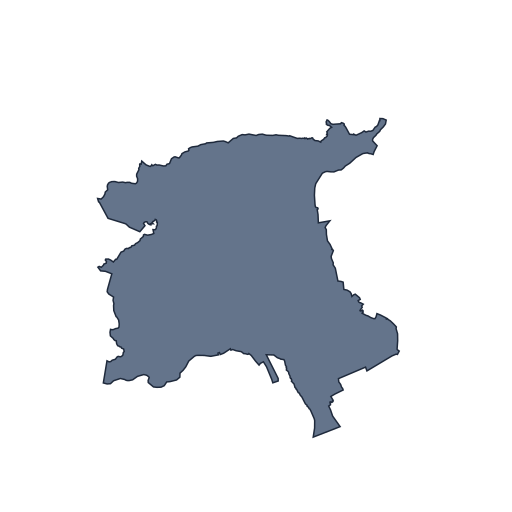 Popesti, Bihor, Romania (Mercator projection), rotated 112°
{"feature_id": "2599482B55919517820584", "entity_name": "Popesti", "entity_type": "district", "adm_level": 2, "iso_a3": "ROU", "parent_name": "Romania", "parent_adm1": "Bihor", "projection": "mercator", "projection_center": [22.402, 47.209], "detail": "fine", "context": "isolated", "style": "filled", "palette": "slate", "viewbox_px": 512, "rotation_deg": 112, "n_neighbors": 0, "source": "geoboundaries", "source_scale": "gbopen_adm2", "svg_char_len": 6142}
<svg xmlns="http://www.w3.org/2000/svg" viewBox="0 0 512 512"><g transform="rotate(112 256 256)"><path d="M321.7,394.0L324.4,395.2L324.4,397.5L325.6,398.4L328.0,394.5L326.6,389.9L326.5,383.0L342.6,381.2L344.9,380.6L346.4,378.3L347.4,372.7L350.7,371.9L353.4,369.9L355.3,369.5L359.9,367.4L364.6,363.0L364.8,362.1L366.8,359.4L370.2,357.4L373.2,356.4L374.6,356.9L375.9,359.0L377.5,360.5L378.3,361.9L378.5,363.4L381.4,362.8L384.6,361.1L386.0,357.3L386.7,356.6L387.2,355.0L386.9,353.9L389.6,352.3L391.0,350.6L390.9,349.2L391.2,348.4L391.0,347.0L391.8,346.1L391.8,343.9L394.0,342.4L395.1,342.9L397.7,342.3L399.5,343.1L400.3,344.1L400.7,346.2L401.7,347.0L404.4,347.7L406.5,350.3L408.2,351.1L409.2,352.5L409.0,354.9L430.9,350.0L430.4,346.1L428.9,343.1L425.0,341.3L420.4,335.9L419.7,331.5L419.9,329.9L419.7,328.7L419.0,326.9L417.0,324.0L412.0,320.8L408.0,315.7L407.6,313.5L407.6,312.1L408.3,310.0L408.7,309.5L411.8,309.4L413.7,308.5L415.8,302.0L414.9,298.7L413.2,294.9L410.6,292.5L406.2,291.6L404.7,288.7L400.7,283.2L396.9,281.2L393.1,282.6L389.3,280.8L385.1,279.6L378.6,279.0L372.3,275.7L370.8,274.5L369.9,272.7L367.6,266.8L366.0,260.5L365.6,259.8L361.8,253.9L360.3,254.9L359.2,253.7L360.8,252.3L358.3,249.6L351.6,245.0L352.7,244.0L351.4,242.5L351.3,239.1L350.2,233.8L351.1,230.8L350.6,229.4L350.3,226.9L349.9,226.3L349.1,226.1L350.0,223.1L353.6,217.1L356.0,212.3L353.9,211.7L351.3,209.5L354.8,204.7L364.5,195.2L367.3,192.9L363.6,188.6L361.2,189.6L343.7,209.5L341.1,202.4L342.3,198.1L342.2,195.2L342.4,194.6L341.6,191.3L342.8,190.0L346.2,187.8L347.5,186.1L348.2,186.2L349.1,185.3L350.3,185.2L351.0,183.0L351.7,182.1L352.8,181.5L354.7,179.4L356.0,178.8L356.6,178.0L356.4,177.5L357.8,176.3L358.8,176.3L360.5,172.7L363.3,170.6L363.6,169.6L364.4,169.0L364.4,168.5L364.7,168.1L366.6,166.0L366.9,165.5L366.9,164.5L368.5,162.8L369.5,160.7L374.6,154.8L375.3,152.7L376.1,152.4L376.6,150.7L377.7,149.5L377.8,148.6L379.2,147.0L385.1,141.0L386.7,139.9L393.6,137.2L402.5,135.1L382.7,114.1L375.7,125.0L370.6,129.4L367.9,132.4L366.0,131.2L363.8,132.7L363.0,131.9L363.5,131.1L363.3,130.8L362.1,130.1L361.4,130.7L360.9,130.4L358.2,134.0L354.4,131.1L347.6,125.0L346.3,126.1L345.6,127.5L343.4,129.4L341.7,132.1L338.8,133.6L318.0,112.8L321.0,110.1L297.6,92.4L294.5,89.3L294.3,88.0L290.5,87.6L289.9,89.9L289.5,90.3L281.5,92.9L275.1,95.6L270.9,98.9L269.2,99.3L267.5,102.9L265.8,107.2L265.3,110.0L264.8,110.6L265.6,111.5L264.7,112.1L264.1,118.4L264.1,122.3L267.4,121.9L269.5,122.2L270.0,123.5L270.1,126.5L269.6,129.7L269.8,131.8L269.3,136.1L268.3,135.7L268.2,136.1L266.9,136.0L266.3,137.0L267.4,137.8L267.9,138.7L267.5,139.2L263.7,138.3L262.7,139.4L260.5,138.5L260.2,141.5L260.4,142.3L260.1,143.6L259.1,144.6L257.2,143.1L255.9,144.4L254.2,149.7L255.4,150.9L257.6,151.9L255.2,153.7L254.0,155.4L253.5,158.8L254.1,162.0L247.6,165.4L247.7,167.5L248.5,170.7L237.6,177.9L235.3,181.2L233.4,181.8L230.1,185.1L228.2,186.2L222.0,186.3L221.2,187.5L221.5,188.2L220.7,188.3L217.5,191.7L215.2,195.4L209.6,198.8L205.2,200.7L203.8,202.5L201.8,202.5L195.7,200.7L201.9,210.6L194.4,214.0L190.1,216.6L189.1,216.1L188.6,216.4L188.2,216.9L188.5,218.6L187.8,219.6L186.1,220.6L177.8,224.6L170.9,227.0L166.6,227.7L154.4,225.5L152.0,223.4L151.0,221.9L149.9,218.0L148.8,215.2L145.4,211.7L144.3,209.3L141.7,207.8L139.1,206.9L134.8,203.8L127.2,200.2L121.0,195.3L118.7,191.6L118.9,191.5L118.6,190.7L118.7,189.6L118.2,188.0L118.0,185.4L115.0,185.6L108.4,185.0L105.6,191.0L104.1,191.6L102.2,191.4L99.1,190.0L97.7,189.8L94.1,188.0L92.3,187.9L88.6,186.3L85.1,185.4L81.2,186.2L81.1,189.8L82.1,192.6L84.1,191.9L84.2,192.3L88.8,192.1L90.8,192.8L91.9,193.8L95.9,194.7L97.5,196.6L98.0,198.3L99.9,200.5L99.5,202.6L102.0,204.2L106.6,208.5L106.4,210.8L106.8,210.6L108.1,214.9L103.2,220.8L102.3,222.1L102.0,223.2L100.6,223.6L100.2,225.1L100.4,226.8L101.7,227.1L105.1,234.0L105.3,236.1L103.8,238.6L103.2,240.3L103.2,241.1L105.5,241.2L106.6,240.2L107.3,240.3L107.8,239.2L107.9,238.0L107.4,237.1L108.3,234.1L110.0,235.4L114.4,236.9L115.1,236.0L116.9,236.0L116.6,235.3L118.0,234.9L120.1,235.8L120.7,236.6L122.5,237.0L124.9,238.7L126.2,238.6L126.0,241.5L126.9,244.7L126.4,246.0L126.5,246.4L125.3,247.8L125.5,248.5L126.7,249.5L127.1,250.1L127.0,250.7L127.6,251.1L127.8,251.9L128.2,252.0L127.8,253.7L128.5,254.1L128.4,254.5L128.8,254.9L128.5,255.2L128.9,255.4L129.3,256.8L129.9,257.6L130.4,259.5L131.5,261.8L131.9,269.9L132.4,270.2L133.1,273.2L135.7,280.5L136.1,282.8L137.9,285.6L140.2,291.8L140.6,295.7L142.3,299.0L144.2,301.0L145.6,308.2L147.8,311.5L148.6,314.3L151.6,317.3L153.8,318.3L155.5,321.1L161.5,324.2L161.4,327.3L161.6,329.3L164.3,334.8L166.5,337.9L169.7,344.2L170.8,344.8L173.4,348.9L175.9,351.0L178.8,356.1L180.1,357.5L181.8,358.7L183.2,357.8L184.0,358.1L186.1,360.9L188.8,363.0L190.6,363.0L193.7,363.9L194.1,364.6L194.3,368.0L194.8,369.0L197.5,370.8L202.4,370.8L203.0,371.1L204.2,372.9L206.2,373.4L207.2,375.5L207.9,379.9L208.8,381.9L208.7,383.6L210.8,385.3L211.0,385.8L210.4,386.8L212.4,387.3L212.7,388.2L212.7,392.0L210.8,397.5L213.9,396.9L214.0,398.1L214.6,398.2L216.5,397.3L218.7,397.6L219.8,396.9L224.8,397.3L226.7,396.6L228.7,394.7L231.1,393.8L233.2,394.1L234.2,394.9L235.2,398.7L235.0,400.6L236.0,403.1L236.9,404.4L237.4,407.3L239.4,411.1L239.8,414.6L241.0,417.5L242.7,419.4L243.7,420.0L245.7,420.3L247.2,420.0L250.2,418.3L253.2,419.7L255.1,419.3L258.2,419.6L261.2,420.9L262.0,424.4L264.8,422.2L264.9,421.3L276.5,407.3L275.0,389.5L275.1,388.3L276.7,384.2L277.0,372.8L269.5,370.3L267.9,372.5L266.7,372.2L265.6,371.2L265.1,370.0L266.1,368.8L266.6,367.5L266.7,365.7L266.4,365.1L265.5,365.8L264.6,363.5L264.1,364.9L262.6,364.5L262.5,364.1L260.4,363.0L259.8,363.1L259.8,362.0L260.2,361.5L261.8,360.9L261.7,360.1L264.9,359.0L265.7,359.5L267.2,358.9L268.3,358.9L269.5,359.5L270.1,361.4L273.4,359.2L275.2,361.0L277.3,364.3L277.7,367.5L278.6,368.2L280.1,367.8L283.6,369.6L285.2,369.3L288.0,370.8L289.7,372.3L291.5,372.7L293.1,375.0L294.9,375.3L295.7,376.6L296.8,377.0L297.5,379.0L298.8,380.1L301.0,380.5L303.0,382.6L311.3,383.9L311.6,384.9L315.0,386.0L314.2,389.3L314.1,391.7L315.2,394.2L316.2,394.2L317.1,392.6L318.8,392.2L320.6,394.1L321.7,394.0Z" fill="#64748b" stroke="#1e293b" stroke-width="1.5"/></g></svg>